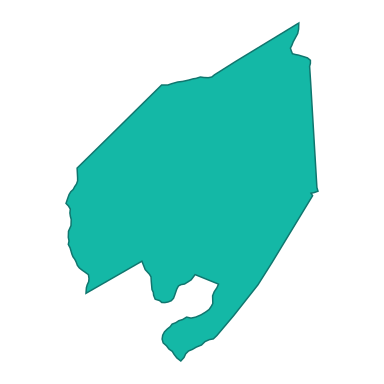 outline of Bonito, Pará, Brazil
{"feature_id": "56859067B73702503430896", "entity_name": "Bonito", "entity_type": "district", "adm_level": 2, "iso_a3": "BRA", "parent_name": "Brazil", "parent_adm1": "Pará", "projection": "albers", "projection_center": [-47.328, -1.394], "detail": "fine", "context": "isolated", "style": "filled", "palette": "teal", "viewbox_px": 384, "rotation_deg": 0, "n_neighbors": 0, "source": "geoboundaries", "source_scale": "gbopen_adm2", "svg_char_len": 1688}
<svg xmlns="http://www.w3.org/2000/svg" viewBox="0 0 384 384"><path d="M316.9,187.5L310.6,81.7L309.6,66.3L310.4,63.4L310.4,60.3L307.5,57.9L304.8,57.0L298.5,55.1L295.3,54.5L292.4,53.7L291.3,50.9L290.4,48.1L291.8,45.4L293.2,41.8L297.7,33.5L298.6,29.1L298.8,23.0L235.7,61.4L214.6,74.7L211.8,77.0L208.3,77.7L203.9,77.5L200.4,77.0L196.0,78.4L193.2,78.8L189.0,80.0L182.7,81.4L177.7,82.0L171.3,83.8L167.9,85.0L161.6,85.0L136.5,109.7L102.9,142.8L77.1,168.1L77.6,177.8L77.6,180.9L76.5,184.0L74.6,186.8L73.2,189.5L70.8,191.7L69.1,194.5L67.6,198.7L66.0,203.4L68.4,205.9L70.3,209.0L69.9,213.0L70.4,216.4L71.2,219.4L71.0,225.6L68.5,231.2L68.3,237.4L69.0,241.0L68.3,244.4L70.1,247.9L71.9,254.1L73.0,256.8L74.8,259.3L76.2,262.1L77.4,265.4L79.3,267.9L81.8,269.9L88.4,274.6L89.0,278.5L88.7,281.6L87.2,284.9L86.4,287.7L86.0,293.3L141.9,261.2L145.2,269.6L149.5,274.3L151.0,276.9L151.3,281.8L152.0,289.6L153.3,292.3L153.6,295.3L155.2,299.2L159.6,300.6L161.8,302.5L164.9,302.6L168.0,302.0L171.3,300.7L173.5,298.3L174.6,295.4L176.8,289.0L178.5,285.9L181.1,284.6L184.6,284.0L191.1,279.9L195.1,274.6L218.5,284.1L217.0,287.6L214.3,291.6L212.6,295.8L212.8,303.5L211.3,306.3L209.1,309.5L205.4,312.2L200.7,315.0L195.7,317.1L191.0,318.1L186.6,317.1L182.7,319.5L178.8,320.7L175.8,322.7L172.1,324.1L170.2,326.7L167.3,329.0L164.5,331.8L162.7,335.2L162.1,339.1L163.2,342.9L166.5,345.8L169.0,349.1L172.3,351.4L174.1,354.4L176.9,358.0L180.8,361.0L184.0,357.5L185.7,353.8L188.5,351.0L192.4,349.4L196.3,347.1L201.5,345.0L205.0,341.6L209.4,339.6L213.3,338.9L216.8,335.6L233.6,315.7L257.9,284.9L272.1,262.4L312.6,195.7L311.0,193.2L314.1,192.6L318.0,191.2L316.9,187.5Z" fill="#14b8a6" stroke="#0f766e" stroke-width="1.5"/></svg>